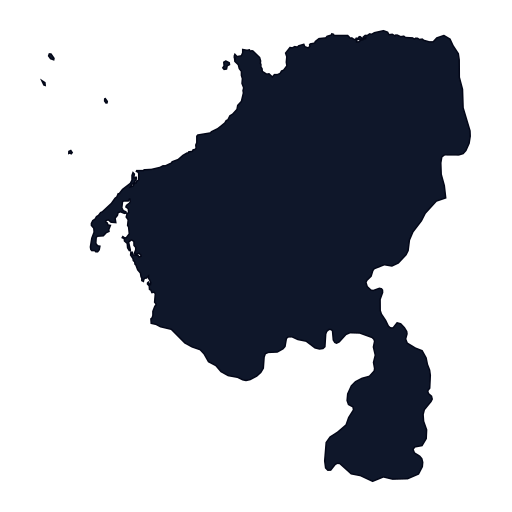 the district of San Fernando de Monte Cristi, Monte Cristi, Dominican Republic
{"feature_id": "3306468B8968248816263", "entity_name": "San Fernando de Monte Cristi", "entity_type": "district", "adm_level": 2, "iso_a3": "DOM", "parent_name": "Dominican Republic", "parent_adm1": "Monte Cristi", "projection": "natural_earth1", "projection_center": [-71.673, 19.756], "detail": "fine", "context": "isolated", "style": "filled", "palette": "ink", "viewbox_px": 512, "rotation_deg": 0, "n_neighbors": 0, "source": "geoboundaries", "source_scale": "gbopen_adm2", "svg_char_len": 5956}
<svg xmlns="http://www.w3.org/2000/svg" viewBox="0 0 512 512"><path d="M422.3,466.7L422.7,462.3L421.8,458.7L419.7,456.2L414.4,452.9L413.0,449.3L414.9,446.9L422.0,445.6L426.2,438.6L426.6,429.8L423.6,421.3L423.1,414.5L424.3,409.7L431.0,401.5L432.2,399.1L431.5,396.2L428.6,393.7L427.8,391.8L428.0,390.3L429.7,388.2L430.3,375.3L429.6,370.1L427.4,364.4L426.1,357.9L422.1,350.7L415.4,348.1L407.2,343.1L405.6,339.0L407.0,333.9L406.7,331.5L404.4,327.7L400.7,323.8L397.1,322.8L393.4,327.5L392.2,328.1L390.0,327.6L388.3,326.0L385.6,320.4L381.4,314.1L380.2,310.5L380.1,299.4L382.6,292.5L382.5,290.1L381.5,288.8L379.4,288.3L373.3,290.5L371.0,290.2L367.2,286.6L365.9,282.4L366.9,280.3L371.1,276.2L372.8,270.6L374.2,268.7L384.3,264.7L391.9,266.0L398.3,263.0L406.0,254.8L408.1,250.6L409.4,240.1L412.9,231.9L421.4,220.8L425.2,213.3L436.3,201.1L445.7,197.9L444.3,185.6L441.2,174.3L440.8,162.9L441.8,156.9L444.6,154.8L458.8,154.9L463.1,153.6L465.9,150.5L469.1,143.3L470.2,136.2L470.0,130.9L463.1,107.8L462.5,89.3L459.3,77.3L459.2,59.9L458.3,53.7L453.0,45.6L450.0,39.1L443.9,35.5L436.8,37.9L433.1,41.9L429.4,41.9L423.7,40.3L422.3,39.1L419.3,39.5L417.6,38.3L415.6,38.2L414.5,39.1L412.5,37.9L405.4,37.5L403.8,36.2L400.7,36.7L397.3,35.1L395.6,35.1L395.0,35.9L392.3,34.3L388.9,34.7L387.6,32.2L383.5,30.7L374.4,32.7L371.7,34.3L369.6,33.9L367.3,35.5L365.2,35.4L363.2,37.1L363.2,38.3L365.9,37.5L365.6,38.7L360.2,40.6L358.8,41.9L356.5,41.9L356.5,40.7L357.5,39.4L361.9,39.4L361.9,38.2L360.2,36.7L359.2,36.7L358.2,38.3L356.2,38.2L355.5,39.5L354.1,39.5L351.8,37.9L350.4,38.3L347.7,35.5L333.9,35.5L333.5,34.3L331.8,33.8L331.2,35.1L327.1,36.3L325.8,37.9L319.0,38.6L315.3,41.5L314.7,43.1L310.3,43.9L309.6,44.7L309.9,46.3L308.2,47.9L304.8,46.7L303.8,44.3L298.7,45.8L297.4,47.1L294.7,46.6L292.3,47.9L290.0,47.5L285.6,53.1L286.8,56.7L286.3,62.2L286.9,65.8L283.6,70.2L281.5,71.0L280.2,73.4L277.5,74.6L274.4,74.6L272.4,77.0L269.0,73.8L266.7,74.2L262.3,71.4L262.0,68.6L260.9,67.0L260.9,64.2L260.3,63.4L260.6,61.0L259.6,57.5L252.9,51.0L251.8,50.7L250.5,51.4L249.4,49.8L247.1,50.3L242.7,49.5L242.7,52.7L241.4,55.8L237.0,56.6L234.9,54.3L234.3,55.9L234.3,57.5L235.3,57.8L235.3,59.0L234.6,58.7L234.9,61.4L238.3,64.7L239.3,68.6L241.4,71.3L241.4,75.4L242.4,78.6L242.0,83.4L243.7,87.8L243.0,90.6L243.4,93.0L241.4,101.4L237.7,105.4L237.0,109.4L232.6,114.2L229.9,115.8L227.9,119.8L226.2,120.6L224.8,123.0L217.8,128.6L211.3,131.8L210.6,132.9L197.8,135.0L196.8,136.2L196.8,142.6L195.8,145.0L196.1,148.2L195.1,149.4L193.1,149.8L192.4,151.4L188.8,151.8L188.0,153.1L187.0,153.0L182.9,155.4L178.2,159.5L172.1,161.8L171.5,163.0L165.4,165.8L163.0,165.8L160.0,167.4L151.5,169.4L144.1,169.8L143.4,170.6L136.7,170.6L136.4,171.4L138.0,172.1L138.7,173.4L138.7,179.8L136.7,181.4L136.1,183.0L134.6,183.0L133.0,186.2L130.3,187.0L132.0,184.2L134.7,182.6L134.7,181.0L135.7,180.6L136.4,178.6L136.3,177.3L135.4,177.3L135.0,178.2L133.7,177.8L134.4,174.1L133.0,172.6L132.0,175.4L132.0,180.2L130.3,183.4L122.5,189.4L119.1,193.8L118.2,193.7L116.8,197.0L115.1,198.2L111.4,203.4L102.4,211.8L100.6,212.6L98.5,215.4L96.5,216.6L95.2,219.0L92.8,220.6L91.4,223.4L91.4,225.4L93.8,228.2L94.1,232.2L91.8,238.2L90.4,247.0L90.8,249.4L91.8,250.6L94.8,250.6L95.8,251.8L97.6,251.8L99.2,249.8L99.9,246.2L97.6,245.8L95.8,243.4L96.2,237.4L97.5,236.2L103.3,235.8L106.3,232.6L109.0,231.4L108.7,229.8L110.4,225.4L108.0,225.0L107.3,223.0L105.6,221.8L106.0,220.6L108.3,219.8L111.0,222.2L115.8,222.6L115.1,218.2L117.4,215.4L118.1,212.6L120.5,211.8L124.5,213.4L126.2,213.0L125.9,211.8L123.2,210.6L121.8,207.8L122.5,201.8L123.5,201.0L128.2,201.0L129.3,199.0L129.9,199.0L130.3,201.4L129.6,203.0L126.5,205.4L125.9,207.0L128.2,208.6L128.7,212.6L127.2,213.4L126.2,217.0L128.2,219.8L127.6,225.4L128.6,227.0L129.3,233.8L126.2,237.8L124.5,237.8L122.8,236.6L122.2,237.7L124.2,238.6L124.5,241.0L127.2,243.4L127.6,247.8L129.3,250.6L130.3,250.6L130.3,249.8L128.6,242.2L131.4,239.8L133.9,241.4L134.0,245.4L135.7,247.4L135.7,249.9L134.3,253.4L136.3,254.2L139.0,253.3L141.1,255.3L141.1,256.2L139.0,257.0L138.0,255.4L133.3,255.0L132.3,253.8L132.3,252.2L130.9,252.2L130.6,255.0L133.0,258.6L133.3,260.6L134.7,261.8L135.0,264.2L135.9,265.0L137.7,269.8L140.4,273.0L141.1,277.0L141.8,277.4L141.8,280.6L143.4,281.4L143.8,279.4L144.9,278.1L146.1,278.2L148.5,275.8L148.5,278.6L149.2,278.9L150.8,282.6L150.5,284.6L149.5,284.2L148.4,282.1L147.5,283.0L147.5,284.1L149.2,285.8L149.5,289.4L150.9,290.1L151.9,292.6L154.2,292.2L155.3,293.8L154.6,302.2L155.9,303.8L155.9,305.4L154.9,306.1L152.9,311.3L152.9,315.3L152.2,317.7L150.9,318.9L151.2,323.3L156.1,324.4L160.4,326.7L171.3,329.3L184.9,343.0L192.1,346.9L200.2,349.7L204.1,353.9L208.5,361.7L215.9,365.6L221.0,371.6L228.2,375.6L237.6,377.3L242.7,379.8L246.0,380.5L250.1,379.6L256.7,376.1L260.8,372.4L263.3,368.2L264.1,357.1L265.3,353.7L268.3,352.4L277.3,352.0L283.0,348.8L285.0,346.5L286.4,338.4L288.2,336.9L292.0,336.8L297.8,339.5L306.2,341.2L315.0,347.9L319.5,349.0L323.0,348.5L324.9,346.7L325.7,334.0L326.7,331.4L329.0,329.4L331.3,329.6L332.5,330.9L333.3,340.0L334.8,342.4L336.5,343.2L339.2,341.9L345.9,334.5L350.0,332.7L359.7,333.0L372.1,337.5L373.8,339.1L374.6,341.2L373.4,347.0L375.3,355.2L373.5,362.4L374.6,368.5L374.2,371.0L369.4,376.3L362.0,378.3L355.5,381.7L351.4,385.8L347.7,393.9L347.1,400.5L348.5,404.5L353.0,406.9L353.5,409.9L348.7,417.5L346.1,424.9L337.6,432.2L330.1,437.0L326.2,442.5L324.7,460.9L325.6,467.9L327.8,470.2L330.7,470.1L335.2,464.4L337.3,463.3L339.8,463.5L351.2,473.8L360.5,475.6L372.6,481.3L383.4,476.9L392.6,479.1L407.6,478.7L418.5,474.0L422.3,466.7ZM229.2,62.7L225.8,61.0L223.8,62.2L224.1,65.9L222.8,67.8L224.1,69.4L226.5,69.0L227.2,65.8L229.5,64.6L229.2,62.7ZM51.0,54.0L49.3,53.9L48.6,55.9L50.6,58.7L53.7,59.8L54.0,58.3L51.0,54.0ZM44.9,82.6L41.8,80.6L43.9,85.0L45.2,85.4L44.9,82.6ZM70.8,150.5L68.9,151.4L68.8,153.4L69.8,153.0L71.2,153.8L72.2,152.6L70.8,150.5ZM105.3,98.6L104.7,98.9L104.6,101.0L106.0,103.0L107.0,102.9L107.3,101.4L105.3,98.6Z" fill="#0f172a" stroke="#020617" stroke-width="1.5"/></svg>